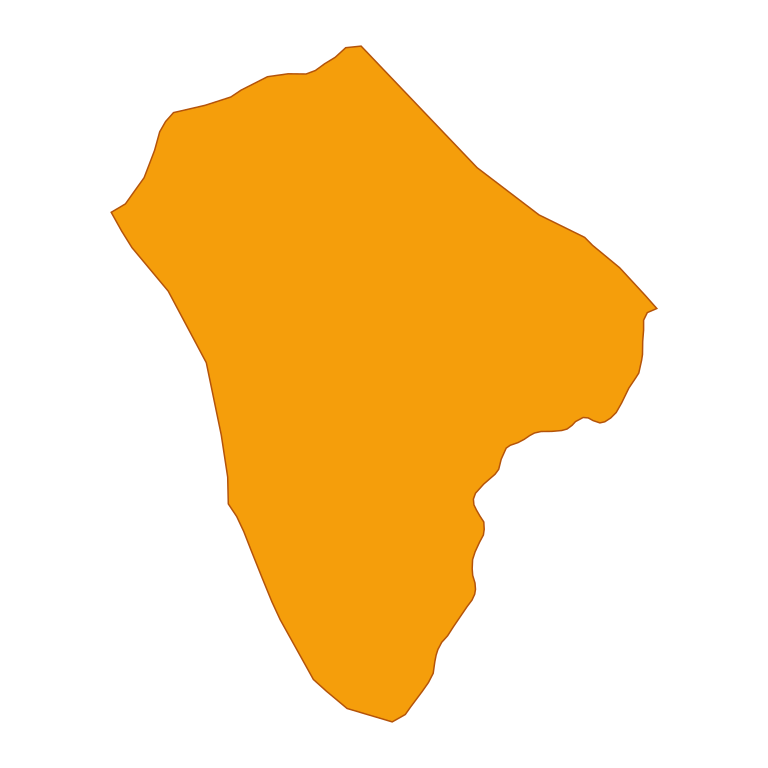 outline of San Cristóbal Cucho, San Marcos, Guatemala
{"feature_id": "79465075B28404659355934", "entity_name": "San Cristóbal Cucho", "entity_type": "district", "adm_level": 2, "iso_a3": "GTM", "parent_name": "Guatemala", "parent_adm1": "San Marcos", "projection": "orthographic", "projection_center": [-91.762, 14.885], "detail": "fine", "context": "isolated", "style": "filled", "palette": "amber", "viewbox_px": 768, "rotation_deg": 0, "n_neighbors": 0, "source": "geoboundaries", "source_scale": "gbopen_adm2", "svg_char_len": 1442}
<svg xmlns="http://www.w3.org/2000/svg" viewBox="0 0 768 768"><path d="M392.2,721.9L405.3,714.5L410.5,707.1L422.3,691.3L428.4,682.6L433.2,673.3L434.8,661.9L436.1,655.2L437.9,649.5L441.7,642.3L447.6,635.8L453.3,626.9L467.1,606.6L472.0,600.1L474.7,594.2L475.5,589.3L475.0,583.0L472.7,575.4L472.2,568.7L472.6,559.6L475.1,551.8L479.6,542.1L483.4,535.0L484.2,529.3L483.8,522.0L479.9,516.0L476.5,510.1L473.9,504.8L473.4,499.1L475.5,493.2L483.7,484.1L489.2,479.3L495.1,474.2L498.7,469.3L501.2,459.2L506.2,448.1L510.2,445.3L518.0,442.6L524.1,439.4L529.8,435.5L534.5,433.0L541.1,431.5L551.7,431.4L556.3,431.0L561.8,430.5L567.1,429.0L572.2,425.2L575.5,421.6L583.1,417.5L588.2,417.9L593.1,420.6L599.9,422.9L604.8,421.8L610.7,418.0L616.2,412.5L621.6,403.0L628.9,388.0L635.7,377.9L638.8,373.0L641.6,360.3L642.5,354.5L642.7,341.4L643.6,330.1L643.6,320.2L647.3,312.6L656.8,308.5L645.2,295.4L619.7,267.8L592.5,245.3L584.7,237.4L539.0,214.9L477.1,167.7L361.1,46.1L345.7,47.7L335.2,57.3L324.7,63.7L315.4,70.5L306.0,74.0L288.1,73.8L267.5,76.7L241.1,90.1L230.8,97.0L205.1,105.3L173.5,112.6L165.6,121.5L159.7,131.8L154.6,150.3L149.0,165.0L144.1,177.7L134.5,191.1L125.4,203.9L111.2,212.3L121.6,231.0L132.0,247.7L168.2,291.1L206.3,362.7L221.3,435.2L227.7,477.2L228.3,503.9L236.7,516.5L243.8,531.6L251.1,550.3L262.3,578.3L272.0,602.0L280.2,619.7L307.2,668.3L313.4,679.5L326.4,691.2L347.1,708.5L392.2,721.9Z" fill="#f59e0b" stroke="#b45309" stroke-width="1.5"/></svg>